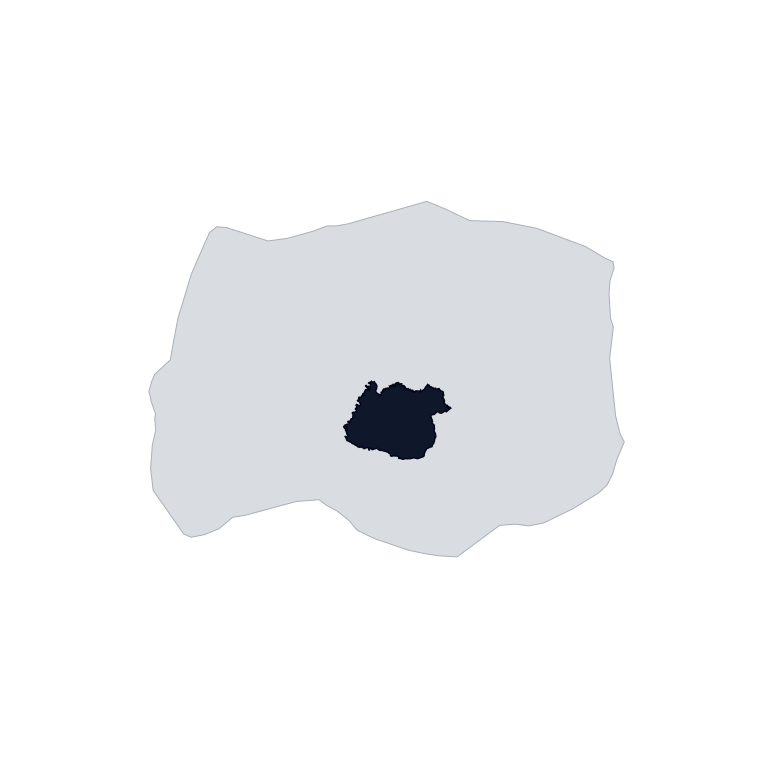 location of Khutlo-se-Metsi, Thaba-Tseka, Lesotho, rotated 44°
{"feature_id": "5366337B67147005930942", "entity_name": "Khutlo-se-Metsi", "entity_type": "district", "adm_level": 2, "iso_a3": "LSO", "parent_name": "Lesotho", "parent_adm1": "Thaba-Tseka", "projection": "natural_earth1", "projection_center": [28.357, -29.676], "detail": "fine", "context": "in_parent", "style": "filled", "palette": "ink", "viewbox_px": 768, "rotation_deg": 44, "n_neighbors": 0, "source": "geoboundaries", "source_scale": "gbopen_adm2", "svg_char_len": 7060}
<svg xmlns="http://www.w3.org/2000/svg" viewBox="0 0 768 768"><g transform="rotate(44 384 384)"><path d="M485.4,501.5L467.7,507.4L465.3,507.9L453.9,506.5L438.7,507.9L426.8,511.2L417.6,512.4L402.5,529.4L375.1,575.3L367.8,584.9L365.8,602.9L359.4,617.2L351.6,628.3L344.0,631.0L321.2,626.6L291.9,620.9L274.9,607.0L259.7,588.8L251.7,575.6L243.3,568.4L240.5,564.3L228.5,558.2L224.0,555.0L220.1,552.8L215.3,544.0L212.4,536.3L213.5,515.0L205.0,502.4L190.6,480.7L181.5,463.0L169.0,438.7L161.3,418.0L153.3,396.5L154.3,387.3L161.8,381.0L183.9,370.1L201.1,361.8L213.3,346.4L226.7,323.6L233.2,309.9L239.7,303.6L246.8,293.9L259.2,272.4L273.1,248.5L287.9,222.9L306.6,215.5L332.2,206.9L356.8,184.5L386.1,165.7L433.4,145.2L455.4,140.0L463.8,137.0L469.1,140.9L474.7,152.6L482.8,162.4L501.4,179.5L509.3,183.6L528.6,208.9L549.1,226.2L572.8,246.1L588.9,256.1L597.1,258.8L603.9,276.5L610.8,289.7L614.7,301.9L613.9,313.9L606.3,343.2L595.3,373.2L586.6,385.6L575.9,393.5L565.4,405.3L561.4,429.4L556.6,457.6L543.0,469.3L532.4,476.9L517.8,486.2L485.4,501.5Z" fill="#d9dde1" stroke="#a8b0b8" stroke-width="1"/><path d="M449.9,425.0L450.4,424.3L451.1,422.8L452.2,422.0L454.6,419.6L455.9,417.8L456.5,416.4L460.0,414.4L462.7,409.0L462.8,408.1L462.4,407.4L461.5,406.3L461.0,405.3L460.1,402.7L459.8,401.2L459.8,400.2L460.6,398.8L460.9,397.4L461.9,396.1L462.0,395.7L461.2,394.2L460.9,392.2L460.2,390.5L459.0,388.8L458.3,387.4L458.0,386.2L457.6,385.6L456.5,385.0L456.1,384.3L452.7,383.0L452.0,382.2L451.6,381.3L449.7,379.7L449.4,379.1L447.9,378.6L446.8,378.9L445.8,378.7L445.5,378.5L445.1,377.3L444.8,377.1L444.3,377.1L443.6,376.4L442.2,375.9L440.6,374.9L440.0,374.8L439.6,374.4L439.6,372.8L440.2,372.4L441.2,371.1L441.5,367.2L441.8,366.6L442.3,366.2L443.4,366.0L443.9,366.3L444.2,365.8L445.4,365.3L446.2,363.3L446.3,361.4L447.2,360.7L448.1,360.7L448.6,356.4L448.6,355.8L448.8,355.0L448.1,354.9L448.0,355.2L447.4,355.1L447.3,355.4L446.7,355.4L446.8,355.7L446.5,355.9L446.6,356.2L446.3,356.1L445.8,356.3L445.7,356.3L445.8,356.0L445.4,356.0L445.3,355.8L445.0,356.0L444.5,355.5L444.4,355.7L444.5,355.9L444.2,355.7L444.0,355.9L443.8,355.8L443.0,356.2L442.4,356.0L442.2,356.4L441.1,356.0L440.7,356.4L440.3,355.4L438.8,353.8L438.1,353.5L437.5,353.5L436.6,352.9L436.3,353.3L435.7,353.3L435.3,352.8L434.8,350.6L433.0,349.4L432.5,348.9L431.7,348.6L429.5,349.5L428.8,349.3L428.6,349.5L427.8,349.8L427.0,349.1L426.7,349.2L426.7,349.6L426.3,349.8L426.6,350.4L426.4,350.4L426.1,350.2L425.9,350.7L425.0,351.2L424.9,351.7L424.1,351.4L423.8,351.8L423.9,352.2L423.6,352.2L423.4,351.9L422.9,352.9L422.2,353.1L421.8,352.8L421.6,353.3L420.8,353.1L420.1,353.8L419.8,353.4L419.1,353.8L419.3,354.1L419.2,354.2L418.6,353.9L418.2,354.2L417.8,353.8L417.5,354.4L417.2,354.0L416.9,354.4L416.7,353.9L416.2,354.2L416.2,353.9L415.9,353.9L416.1,354.4L415.8,354.8L416.1,356.1L416.1,357.2L416.7,359.9L416.7,360.4L416.2,361.8L416.2,363.8L415.4,364.3L415.0,363.3L414.7,363.1L414.9,363.9L414.8,364.2L412.0,366.6L412.0,366.9L411.6,367.2L411.6,367.9L411.8,368.8L411.4,368.8L411.0,369.1L410.6,368.6L410.4,368.7L410.2,369.3L409.8,368.8L409.3,368.8L409.0,369.3L409.3,369.7L409.3,369.9L408.6,369.9L408.5,369.1L406.9,370.6L406.4,369.9L405.7,370.9L404.8,370.6L404.7,371.0L403.8,371.4L403.8,371.8L404.2,372.2L404.1,372.5L403.9,372.6L403.6,372.6L403.6,371.9L403.4,371.7L402.6,372.3L401.6,371.5L401.2,371.8L401.0,372.3L400.7,371.6L400.3,371.4L400.0,371.8L400.1,372.2L399.8,372.3L399.4,371.5L399.2,371.6L399.1,372.5L398.6,372.3L398.1,372.5L398.0,373.0L398.1,373.4L398.0,373.6L397.7,373.4L397.7,372.6L397.6,372.2L397.2,372.2L396.8,372.5L396.5,372.4L396.7,371.8L396.6,371.6L396.0,372.0L396.1,372.4L396.5,372.7L396.4,373.2L396.2,373.3L395.7,373.1L395.3,374.0L394.7,373.8L394.1,372.9L393.7,372.9L393.7,373.8L394.1,374.5L394.0,374.8L393.8,374.8L393.3,373.8L392.8,373.7L392.5,374.0L391.9,375.6L391.9,376.0L393.1,376.7L393.7,377.5L393.7,378.0L392.5,378.5L391.9,377.7L391.2,377.7L390.8,377.9L390.9,378.3L391.7,378.5L391.6,380.1L391.4,380.3L390.9,379.6L390.5,379.5L390.0,380.3L390.1,381.5L389.6,381.7L390.4,382.1L390.3,383.2L390.4,383.5L390.8,383.6L390.9,384.1L389.5,384.4L389.3,384.8L389.0,386.5L388.3,386.0L388.2,386.2L388.7,386.8L388.3,387.4L387.7,387.4L387.3,387.7L387.5,388.4L388.1,388.9L387.9,389.1L387.5,389.2L387.7,390.0L388.1,390.7L388.8,391.2L388.6,391.4L387.9,391.6L387.7,392.0L387.9,392.2L388.4,392.3L388.9,392.7L389.0,394.0L389.6,394.1L389.5,394.5L387.6,395.1L387.4,394.9L385.8,395.5L383.8,395.4L382.9,394.7L382.2,393.8L382.0,392.6L381.3,392.1L380.8,390.9L380.0,390.2L378.2,389.6L377.9,390.2L377.5,390.1L376.9,389.5L376.3,389.3L375.8,389.4L375.5,389.1L375.3,389.1L375.2,389.9L374.7,390.5L373.9,390.7L373.7,390.8L373.2,390.7L373.0,392.1L372.2,393.5L372.3,394.0L372.9,394.0L373.7,393.1L374.4,393.0L374.6,393.7L375.9,395.0L376.8,395.6L377.1,396.3L377.1,396.8L376.6,397.6L376.3,397.7L375.8,397.3L375.3,396.1L375.0,395.9L374.6,396.3L373.6,397.6L373.0,397.6L372.3,397.3L372.1,397.5L372.0,397.9L372.3,398.4L374.1,398.2L375.5,398.7L375.9,398.8L376.3,398.6L377.0,398.0L377.5,397.9L378.0,398.3L377.8,398.9L376.0,400.0L375.2,400.3L374.7,400.9L375.3,402.9L375.9,404.1L375.9,404.7L375.6,405.5L375.7,406.1L375.8,406.3L376.4,406.2L377.4,405.5L377.9,405.7L378.0,405.9L377.8,406.5L376.7,407.3L376.2,408.0L376.2,408.4L376.8,409.4L376.7,410.1L375.3,410.7L375.2,411.2L375.9,412.0L376.8,412.6L376.4,413.9L376.5,414.4L377.1,414.5L378.0,414.0L378.6,413.9L380.1,414.5L380.9,414.3L381.2,414.7L381.3,415.5L381.7,416.2L381.6,416.8L381.2,417.1L379.1,417.4L378.4,417.8L378.6,418.7L380.0,418.8L380.4,419.2L380.4,419.9L380.7,420.6L380.6,421.4L380.8,421.9L381.3,421.9L382.0,421.0L382.3,421.2L382.8,422.6L382.7,424.7L382.4,425.2L381.7,425.5L381.3,426.2L381.3,426.8L381.6,427.1L382.9,427.4L383.4,427.6L383.6,428.3L384.6,429.4L385.2,430.5L385.0,431.1L384.6,431.8L384.6,432.2L385.2,433.5L385.5,435.3L385.2,435.5L384.4,435.5L384.1,435.9L384.1,436.1L384.7,436.5L385.5,435.9L386.1,436.0L386.4,436.3L386.2,437.6L385.9,438.1L385.4,438.5L384.7,440.3L384.5,440.6L385.1,441.2L384.5,442.2L384.5,442.5L385.8,443.2L386.4,443.2L386.5,442.8L386.3,442.7L385.8,440.8L385.9,440.0L386.1,439.9L386.9,440.1L387.0,440.9L387.3,441.3L387.5,443.2L387.9,443.2L388.4,442.7L388.7,442.8L389.3,442.5L389.7,442.6L389.7,442.9L389.3,443.5L388.9,443.4L388.5,443.6L388.6,444.1L390.2,444.4L390.8,445.0L391.6,445.1L391.7,445.4L392.3,445.4L392.6,446.0L394.1,445.8L394.2,447.0L393.6,448.1L392.5,448.6L392.5,448.8L394.4,449.3L395.4,449.9L396.8,450.4L398.1,449.6L399.3,449.5L400.4,448.9L402.8,448.8L404.0,448.0L404.9,448.1L407.9,447.2L408.7,447.4L410.7,446.3L411.3,444.9L414.7,444.3L415.9,441.4L416.3,440.9L417.6,441.1L418.2,441.3L418.7,441.8L419.2,441.8L418.9,439.8L419.1,439.4L419.6,439.1L420.7,439.4L421.1,439.4L421.4,439.1L421.9,437.6L422.8,436.6L423.2,435.4L423.5,435.1L425.7,435.0L427.2,434.6L428.4,433.2L430.5,432.3L431.2,431.7L433.1,430.9L434.2,430.2L435.5,430.4L436.3,430.0L437.0,429.9L438.2,430.9L439.2,431.0L439.8,430.4L441.1,428.5L442.2,428.0L442.8,427.2L443.7,426.4L445.3,426.2L445.8,426.6L446.1,427.2L446.3,427.2L446.9,426.5L449.9,425.0Z" fill="#0f172a" stroke="#020617" stroke-width="1.5"/></g></svg>